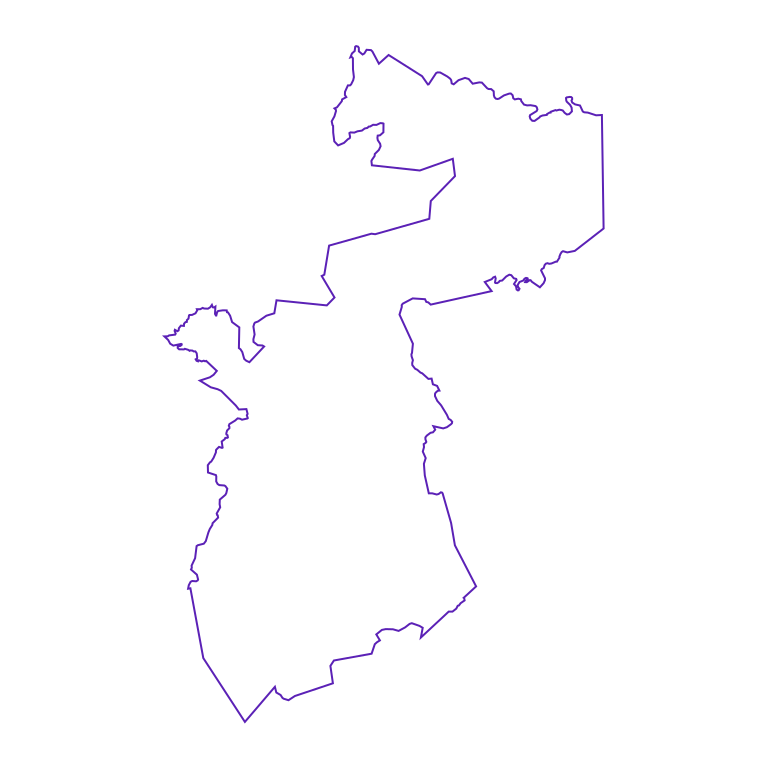 Santa Catarina Juquila, Oaxaca, Mexico (Mercator projection)
{"feature_id": "50627088B71365052188034", "entity_name": "Santa Catarina Juquila", "entity_type": "district", "adm_level": 2, "iso_a3": "MEX", "parent_name": "Mexico", "parent_adm1": "Oaxaca", "projection": "mercator", "projection_center": [-97.307, 16.18], "detail": "fine", "context": "isolated", "style": "outline", "palette": "violet", "viewbox_px": 768, "rotation_deg": 0, "n_neighbors": 0, "source": "geoboundaries", "source_scale": "gbopen_adm2", "svg_char_len": 6060}
<svg xmlns="http://www.w3.org/2000/svg" viewBox="0 0 768 768"><path d="M603.6,228.5L601.9,115.0L596.1,115.3L587.8,112.6L584.2,112.3L582.8,111.5L580.0,105.5L575.1,104.4L572.2,102.5L571.5,100.6L572.2,99.2L572.1,97.9L571.3,97.1L569.8,96.9L566.7,97.4L566.0,98.0L566.3,100.7L566.8,101.7L570.1,104.9L571.6,107.6L571.9,111.4L569.2,114.1L566.9,114.5L564.6,112.8L562.8,110.5L561.2,110.0L559.3,109.7L556.4,110.5L555.5,110.1L550.9,111.7L550.6,112.6L549.7,112.5L547.0,114.1L546.8,114.9L542.5,115.5L540.1,116.5L539.5,117.4L534.6,120.9L532.3,120.8L530.3,118.7L529.7,116.4L530.1,115.1L536.6,111.1L537.4,109.5L536.8,107.3L535.6,106.1L534.6,105.9L530.5,105.2L527.1,105.4L524.0,104.6L521.3,101.1L520.9,99.3L518.3,98.7L514.8,99.4L513.3,98.3L512.6,95.2L510.8,93.5L509.2,93.6L504.0,95.4L499.1,98.6L497.6,99.0L495.9,98.7L494.6,97.4L493.9,95.5L493.7,91.3L491.2,89.1L488.5,89.0L487.1,88.2L481.9,82.6L479.3,82.4L472.7,83.7L468.7,79.0L465.0,77.9L458.5,80.2L453.7,84.3L451.7,83.4L451.2,80.2L450.2,78.7L447.3,76.5L440.2,72.5L437.5,72.4L436.1,73.1L428.7,84.3L427.9,84.5L422.1,76.2L388.6,55.0L378.9,63.7L372.4,51.5L371.0,50.1L366.6,49.8L364.3,53.5L362.6,54.5L358.9,51.4L358.8,47.8L358.0,46.6L356.1,46.1L355.2,46.7L354.7,51.0L352.0,53.4L350.4,57.3L351.6,56.8L352.9,58.2L353.0,69.4L353.9,77.1L353.2,80.2L351.1,84.4L350.0,85.4L347.9,85.4L345.0,91.8L344.9,95.0L346.3,97.1L342.1,99.4L341.8,101.2L337.0,107.3L334.5,108.4L335.8,109.7L336.0,111.0L334.4,116.4L331.7,121.3L332.5,125.1L333.1,125.9L333.2,132.6L334.3,141.4L338.1,145.4L344.0,142.9L347.9,139.2L349.7,138.2L350.1,136.9L349.4,133.1L350.4,132.4L354.3,132.6L357.5,131.3L361.9,130.6L364.7,128.5L367.4,127.9L368.7,126.6L370.1,126.5L373.1,124.8L376.5,124.9L380.3,123.1L382.9,123.3L383.5,123.6L383.4,132.3L380.0,135.3L377.7,135.6L377.4,137.9L377.8,140.2L380.1,143.7L380.6,146.2L378.9,149.9L374.8,154.0L374.6,156.0L372.1,159.6L371.4,161.0L371.9,165.3L419.8,170.5L452.8,158.8L455.0,176.1L430.8,201.0L429.3,218.8L375.2,234.2L371.4,233.7L329.1,245.6L324.3,274.7L321.7,276.0L334.5,297.5L326.8,305.4L276.5,300.3L274.3,313.3L266.4,315.7L258.0,321.5L255.0,322.6L254.3,323.5L253.4,326.5L254.6,334.5L253.4,339.2L253.5,341.9L257.8,345.2L262.5,345.5L264.1,346.5L249.4,362.2L246.2,360.7L244.2,358.9L242.3,352.1L240.5,349.3L238.9,348.1L239.3,327.4L232.1,322.1L230.1,315.7L228.0,312.4L227.0,312.2L226.7,310.4L223.0,310.3L218.1,311.0L217.1,312.3L216.3,315.5L215.9,315.5L215.0,313.9L215.4,306.6L214.1,307.5L212.8,307.3L211.9,304.9L210.2,307.3L207.9,308.7L204.0,308.5L202.7,307.9L200.3,309.2L196.9,309.2L197.3,310.2L195.5,313.3L192.1,314.9L189.4,315.0L189.0,315.5L188.5,318.6L186.9,320.1L186.8,321.9L185.5,322.1L184.1,323.6L183.9,325.9L180.9,325.6L178.9,328.2L178.6,330.4L177.4,331.2L174.9,329.8L174.6,330.9L175.7,333.6L175.2,334.6L169.1,335.4L167.7,336.3L164.4,336.4L168.2,340.0L170.2,343.7L173.3,345.6L181.1,343.9L181.7,344.2L181.7,344.8L180.4,345.9L177.7,346.4L177.7,348.0L179.1,349.3L184.0,349.4L184.8,348.8L188.1,349.8L189.6,350.8L190.0,350.4L192.5,350.6L193.6,351.4L195.4,351.4L196.7,353.3L197.2,357.3L197.0,358.6L195.7,359.3L196.6,360.8L198.0,361.3L198.2,360.4L198.7,360.3L201.7,361.4L203.8,360.7L205.1,361.3L206.2,360.9L216.8,370.9L213.6,374.8L209.9,377.3L199.9,380.6L210.8,387.3L217.6,389.2L221.2,390.9L235.8,405.5L238.9,409.5L246.4,409.1L247.6,413.9L246.8,415.2L247.8,418.1L247.4,418.5L242.0,419.7L240.0,418.7L237.6,418.4L235.1,420.6L229.4,424.1L228.8,425.8L229.4,426.8L229.4,428.2L227.1,430.5L226.3,433.3L226.4,434.4L227.5,435.2L227.9,437.4L227.5,437.8L225.3,437.9L224.8,439.1L221.7,441.5L222.6,447.6L222.0,447.9L219.0,446.9L216.5,449.4L216.0,450.1L215.9,452.4L213.6,457.8L211.2,461.6L210.0,462.3L207.8,465.2L208.0,472.5L215.9,475.1L216.3,476.5L216.2,481.4L217.6,484.0L219.3,485.1L224.4,485.5L225.4,486.1L227.3,488.7L226.3,493.1L225.4,494.8L219.8,499.6L219.6,504.2L220.2,507.3L216.7,513.5L217.1,515.0L217.7,515.3L218.1,517.6L212.6,523.2L212.3,525.0L209.8,529.0L208.4,532.4L205.8,541.1L203.8,543.7L197.9,545.2L196.6,546.1L195.1,558.2L191.6,565.6L191.8,567.8L191.0,569.5L196.9,574.7L198.1,579.5L197.7,580.4L196.1,581.3L192.2,581.0L190.6,581.8L188.8,585.2L188.1,588.7L190.4,588.3L203.3,658.1L244.9,721.9L274.9,686.8L276.3,692.5L280.6,695.0L282.4,697.8L283.6,698.7L288.5,700.2L294.9,696.0L332.9,683.3L330.4,665.9L333.9,660.5L371.6,653.7L374.8,644.2L377.0,642.2L379.9,640.4L376.3,634.4L381.9,629.9L385.8,629.1L393.0,629.3L398.6,630.9L405.1,627.4L409.6,623.9L411.8,623.2L419.5,625.9L422.7,627.8L420.9,637.5L448.7,611.6L452.5,611.6L456.3,608.6L457.7,605.8L459.0,605.4L460.6,603.2L464.6,600.4L464.2,598.2L463.7,597.8L476.1,586.4L454.9,545.3L451.1,523.0L442.7,493.6L442.2,492.7L440.9,492.3L438.6,494.0L436.7,494.5L432.1,493.3L428.8,493.3L424.8,475.4L423.9,463.8L425.7,458.1L422.8,451.6L424.0,447.1L423.7,444.1L425.6,442.9L426.3,441.9L425.4,439.2L425.4,437.4L426.8,435.6L430.5,432.8L433.0,432.3L435.2,429.7L433.4,426.2L443.2,428.4L446.9,427.2L450.9,424.3L451.9,423.3L452.2,421.8L450.6,419.9L448.7,418.9L446.9,414.8L441.1,405.3L437.3,400.9L435.0,396.1L435.0,393.9L435.6,392.7L437.7,390.8L439.4,390.6L437.1,385.9L432.9,384.3L431.6,378.6L428.4,378.9L422.2,373.3L420.5,372.6L417.3,369.8L415.1,368.7L412.3,365.1L412.2,363.0L412.9,360.2L411.6,356.4L411.4,354.3L412.0,352.9L412.9,343.7L399.5,314.6L401.8,306.9L401.7,305.2L402.7,303.7L412.7,298.4L425.0,299.2L426.3,301.9L428.3,302.4L430.7,304.6L491.6,291.1L484.8,282.0L491.7,279.2L493.3,277.4L495.1,276.7L495.7,278.4L495.0,282.4L495.4,283.0L497.1,283.1L498.7,282.2L499.7,280.9L502.2,280.5L506.2,276.5L509.3,274.7L511.3,275.2L513.8,278.3L516.2,278.9L516.6,280.0L514.0,284.0L516.0,286.3L516.6,289.5L517.8,290.4L518.6,290.3L519.5,288.8L518.2,287.2L517.6,285.1L519.5,282.0L523.3,280.5L524.5,278.7L526.0,277.9L527.5,278.2L527.8,279.0L525.7,280.7L525.1,282.1L526.8,282.2L529.8,280.1L530.6,280.2L531.9,281.8L539.9,287.3L543.6,283.2L545.0,280.1L545.0,278.3L541.1,270.4L541.8,269.1L543.7,268.0L544.6,265.1L545.8,263.7L547.5,263.2L549.2,263.8L551.4,263.5L555.7,261.7L556.9,261.7L559.5,257.6L559.4,256.6L560.5,253.9L561.7,252.0L563.0,251.2L567.3,252.4L574.8,250.9L603.6,228.5Z" fill="none" stroke="#5b21b6" stroke-width="2"/></svg>